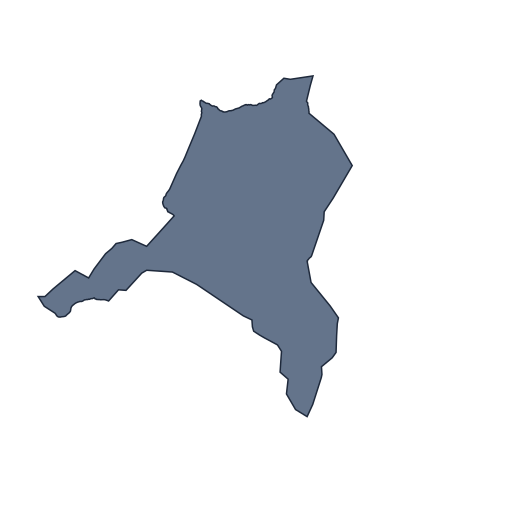 Bogd, Bayanhongor, Mongolia, rotated 130°
{"feature_id": "93677404B1716064245788", "entity_name": "Bogd", "entity_type": "district", "adm_level": 2, "iso_a3": "MNG", "parent_name": "Mongolia", "parent_adm1": "Bayanhongor", "projection": "natural_earth1", "projection_center": [100.876, 45.209], "detail": "fine", "context": "isolated", "style": "filled", "palette": "slate", "viewbox_px": 512, "rotation_deg": 130, "n_neighbors": 0, "source": "geoboundaries", "source_scale": "gbopen_adm2", "svg_char_len": 3960}
<svg xmlns="http://www.w3.org/2000/svg" viewBox="0 0 512 512"><g transform="rotate(130 256 256)"><path d="M342.1,144.0L348.2,127.0L346.2,113.6L333.3,117.1L307.2,127.8L304.4,129.3L298.7,134.7L285.0,132.2L278.4,132.7L265.0,143.2L255.6,150.2L250.4,153.1L246.6,167.1L240.9,196.8L227.2,213.4L227.0,213.5L226.9,213.6L226.7,213.5L226.6,213.4L226.4,213.5L226.1,213.7L225.6,213.8L224.8,213.7L224.1,213.7L223.3,213.8L222.6,213.6L221.8,213.4L221.4,213.4L220.9,213.4L220.0,213.6L185.1,227.1L178.3,232.2L162.0,234.1L124.9,240.4L112.6,274.5L112.6,287.3L112.6,307.2L111.6,307.9L110.5,309.2L109.4,310.1L109.0,310.8L108.0,311.7L107.5,312.7L106.9,313.7L105.5,314.7L105.4,315.0L105.2,316.4L105.0,316.8L100.0,319.3L90.3,324.1L81.4,328.1L98.6,343.3L101.9,348.9L111.7,350.3L115.2,348.8L116.9,348.8L118.2,347.9L119.0,347.5L119.8,347.5L120.7,347.3L121.6,347.3L122.8,346.8L123.3,346.2L123.9,345.4L124.9,345.3L125.7,345.6L126.4,345.8L126.7,346.1L126.8,346.6L127.1,346.8L127.8,346.9L128.7,346.9L129.4,347.2L131.5,347.7L132.9,348.3L133.7,348.7L134.3,349.5L135.1,349.7L136.1,350.3L136.5,350.9L137.0,351.6L137.8,351.8L138.7,352.0L139.7,352.2L140.4,352.5L140.8,353.3L141.4,353.8L141.9,354.4L142.7,355.2L142.9,355.6L143.0,356.3L143.2,356.5L143.3,357.2L143.5,357.5L144.3,357.9L144.5,358.2L144.6,358.8L144.9,359.0L145.2,359.1L145.5,359.4L146.0,359.6L146.1,360.0L146.0,360.4L146.3,360.6L146.9,361.4L147.3,361.4L147.7,361.8L149.2,362.4L150.4,363.1L151.3,363.4L152.2,363.7L153.4,364.1L156.6,366.3L159.3,367.4L160.0,368.1L160.4,368.2L162.1,370.0L163.2,370.6L164.0,370.9L164.4,371.3L165.0,371.7L165.3,372.0L166.0,372.7L166.5,373.4L166.5,373.9L166.9,374.3L166.8,374.8L167.0,375.2L166.9,375.5L167.4,376.3L167.7,377.0L167.8,377.8L167.6,378.5L167.6,379.1L167.7,380.0L167.4,380.3L167.1,381.3L167.1,382.1L167.4,382.6L167.8,383.3L168.0,384.6L168.5,385.2L169.2,385.8L169.3,386.6L169.5,387.3L169.5,388.2L169.6,389.0L169.4,389.6L170.2,391.3L170.7,391.8L170.9,392.3L171.2,393.0L171.2,394.4L171.5,395.2L171.4,395.8L171.5,396.4L171.8,396.9L171.9,397.3L171.8,397.7L171.8,398.0L173.1,398.4L175.2,396.9L176.3,395.8L176.7,395.1L176.8,394.9L177.1,394.1L177.4,393.2L177.8,392.4L178.5,391.9L180.4,390.7L180.8,389.9L181.2,389.5L182.7,388.9L184.1,387.6L185.3,387.2L201.9,381.5L216.7,376.9L225.8,374.0L230.2,372.8L234.0,372.1L243.7,369.9L260.3,365.1L262.6,364.9L264.6,364.9L266.4,364.6L267.7,363.9L268.4,363.9L270.2,364.2L271.2,363.9L272.9,362.8L274.5,362.3L275.3,361.6L276.2,360.4L277.1,358.8L277.5,357.6L277.7,356.7L277.1,355.6L277.1,354.8L277.3,354.2L277.8,354.0L277.9,353.4L278.2,352.9L278.8,352.1L278.7,351.7L278.4,351.2L278.5,350.8L278.3,349.8L278.0,348.5L277.6,346.4L277.7,345.0L277.9,344.5L298.4,345.2L318.9,346.0L323.3,361.7L331.5,367.4L336.4,371.2L342.8,371.3L350.9,372.7L369.9,371.7L380.4,370.1L383.5,385.2L411.7,390.3L422.7,391.6L427.1,396.8L430.6,385.9L429.0,373.2L429.3,371.8L429.8,370.5L429.9,369.3L429.8,368.7L429.6,368.0L429.1,367.3L428.3,366.4L427.3,365.7L426.4,364.7L425.4,363.9L424.8,363.5L424.2,363.2L423.2,363.2L421.9,363.0L420.7,362.8L419.8,362.6L419.1,362.6L418.3,362.6L417.5,362.7L416.8,363.1L416.2,363.5L415.6,363.8L415.0,364.2L414.5,364.4L414.0,364.5L413.5,364.7L412.8,364.7L412.0,364.8L411.3,364.6L410.3,364.4L409.1,364.2L407.8,363.8L406.7,363.3L405.7,362.8L405.1,362.3L404.0,361.7L403.2,360.6L402.5,360.1L401.7,359.7L400.9,359.5L399.7,359.1L399.2,358.5L398.7,358.1L398.1,357.7L397.8,357.2L397.4,356.8L396.8,356.6L396.6,356.3L396.3,355.8L395.9,355.5L395.3,355.4L394.6,354.9L394.3,354.5L394.0,354.1L393.6,353.8L393.1,353.6L392.4,353.3L392.0,353.0L392.1,352.3L392.3,351.6L391.8,350.9L391.8,350.3L391.1,349.3L390.5,348.5L390.0,347.9L389.4,346.9L388.2,345.6L387.2,344.5L386.6,343.6L386.0,342.2L385.6,341.1L385.2,340.0L370.3,339.6L365.9,333.5L342.5,332.5L337.2,330.6L322.0,309.7L315.9,283.2L310.0,227.2L307.6,218.0L312.6,213.2L315.1,209.4L314.2,202.0L313.2,196.4L310.3,182.4L312.6,175.2L321.7,168.6L329.5,162.9L329.7,152.2L342.1,144.0Z" fill="#64748b" stroke="#1e293b" stroke-width="1.5"/></g></svg>